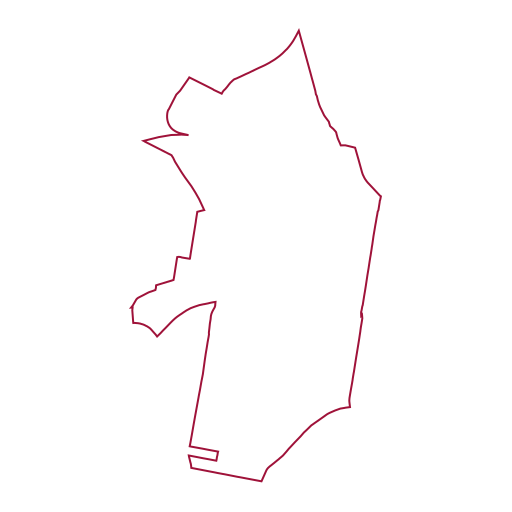 Strathfield, New South Wales, Australia
{"feature_id": "25037944B1137671739470", "entity_name": "Strathfield", "entity_type": "district", "adm_level": 2, "iso_a3": "AUS", "parent_name": "Australia", "parent_adm1": "New South Wales", "projection": "orthographic", "projection_center": [151.074, -33.88], "detail": "fine", "context": "isolated", "style": "outline", "palette": "rose", "viewbox_px": 512, "rotation_deg": 0, "n_neighbors": 0, "source": "geoboundaries", "source_scale": "gbopen_adm2", "svg_char_len": 5602}
<svg xmlns="http://www.w3.org/2000/svg" viewBox="0 0 512 512"><path d="M380.9,196.3L379.9,195.6L371.7,186.8L368.2,183.1L367.8,182.7L367.4,182.2L367.0,181.7L366.6,181.2L366.3,180.8L365.7,179.9L365.5,179.6L365.1,179.1L364.6,178.2L364.1,177.3L363.7,176.4L363.3,175.6L362.9,174.8L362.6,174.0L362.3,173.1L362.0,172.2L358.6,159.9L355.1,147.7L352.8,147.1L347.8,145.9L345.2,145.3L340.8,145.4L340.4,144.5L340.2,143.9L340.0,143.5L339.9,143.2L338.4,139.9L337.9,138.7L337.8,138.4L337.6,137.9L336.5,133.9L336.3,132.9L336.2,132.7L336.1,132.3L335.9,131.9L335.7,131.7L335.5,131.4L333.1,128.7L332.9,128.6L330.3,126.3L330.0,125.9L329.9,125.7L329.9,125.4L329.4,123.7L329.2,123.3L329.0,122.1L328.6,121.4L325.5,117.3L324.1,115.3L320.9,108.6L320.2,107.2L319.1,104.4L318.4,102.1L317.8,100.2L316.9,96.2L316.7,95.8L316.3,95.0L315.9,94.3L315.3,90.8L314.2,86.7L312.5,80.4L312.3,79.8L310.4,72.7L308.5,65.8L306.8,59.6L304.4,50.9L300.4,36.5L298.8,30.7L297.1,33.9L295.9,36.2L294.5,38.6L293.3,40.7L292.1,42.5L290.8,44.3L289.5,46.0L288.1,47.7L286.7,49.3L286.1,49.8L283.8,52.1L283.1,52.8L282.4,53.5L281.7,54.1L281.0,54.7L279.6,55.9L277.2,57.7L274.7,59.5L272.1,61.1L270.9,61.8L269.5,62.7L266.9,64.1L265.0,65.1L263.1,66.0L260.9,67.0L259.3,67.7L257.4,68.6L255.1,69.7L248.3,73.0L246.0,74.0L244.1,74.9L240.3,76.7L238.5,77.5L236.6,78.4L234.2,79.3L233.2,80.1L232.3,80.9L231.4,81.8L230.5,82.6L229.7,83.6L228.9,84.5L228.2,85.5L227.4,86.5L226.7,87.4L225.9,88.3L225.5,88.8L225.0,89.3L224.5,89.8L224.2,90.1L223.8,90.4L223.5,90.8L223.2,91.2L222.9,91.6L222.6,92.0L222.4,92.5L221.7,93.7L220.3,93.0L214.6,90.3L213.9,90.0L213.6,89.8L213.1,89.4L211.8,88.7L204.7,85.1L189.3,77.4L188.9,78.1L180.1,90.7L176.3,94.6L172.2,102.6L168.9,109.1L168.6,109.5L168.4,109.7L167.7,111.3L167.3,113.2L167.1,115.3L167.1,117.5L167.3,119.4L167.6,120.9L168.0,122.3L168.5,123.7L169.2,125.1L169.9,126.3L170.2,126.7L170.5,127.1L171.0,127.8L171.3,128.1L172.1,128.9L172.9,129.6L173.9,130.3L174.8,130.9L175.8,131.5L177.7,132.4L179.7,133.1L181.8,133.6L187.5,134.9L188.5,135.1L188.3,135.1L187.3,135.0L181.4,134.6L177.8,134.8L171.2,135.0L158.8,137.1L156.4,137.7L154.0,138.3L151.1,139.0L143.7,140.9L144.5,141.3L144.7,141.5L144.9,141.6L145.0,141.7L151.9,145.2L165.2,152.0L171.3,155.1L171.6,155.3L172.2,156.4L173.0,157.5L175.0,161.7L181.0,171.4L182.3,173.4L185.0,177.4L191.4,186.2L195.4,192.6L199.1,199.1L203.2,207.9L203.9,209.5L204.2,210.1L202.9,210.4L201.6,210.7L201.2,210.8L197.3,211.8L196.0,220.0L195.9,220.8L195.8,221.8L190.8,252.8L190.0,258.1L189.9,258.7L189.8,258.8L181.9,257.5L181.3,257.3L180.7,257.1L180.1,257.0L179.4,256.9L178.8,256.9L178.2,256.9L177.6,257.0L177.2,257.1L177.2,257.3L177.1,257.9L177.0,258.1L174.1,276.8L173.7,279.0L173.5,280.0L157.0,285.0L156.1,285.3L155.9,288.0L155.4,290.0L150.6,291.7L150.4,291.7L149.6,292.0L148.8,292.3L148.0,292.7L147.2,293.1L143.8,294.9L138.5,297.6L138.3,297.7L138.0,297.9L137.8,298.1L137.6,298.2L137.3,298.4L137.1,298.7L136.9,298.8L136.5,299.2L136.4,299.4L136.2,299.6L136.1,299.8L132.8,305.5L131.1,307.6L132.6,307.5L132.3,310.3L133.2,322.3L133.3,323.0L134.4,322.9L135.6,323.0L136.8,323.1L138.0,323.2L139.1,323.4L140.3,323.6L141.4,324.0L142.6,324.3L143.7,324.7L144.8,325.2L145.9,325.8L147.0,326.3L148.4,327.2L149.6,328.0L150.5,328.8L151.8,330.2L153.1,331.7L155.6,334.5L157.1,336.5L160.6,333.1L162.9,330.6L165.6,327.9L170.6,322.7L172.9,320.4L175.2,318.3L177.2,316.7L179.9,314.8L181.6,313.7L183.6,312.3L185.0,311.4L186.5,310.4L188.4,309.4L190.6,308.2L194.3,306.8L199.4,305.1L200.9,304.8L203.7,304.2L204.0,304.2L208.0,303.4L210.8,302.7L213.5,302.2L215.5,301.9L215.3,303.8L215.2,305.6L214.7,307.3L212.9,310.5L212.2,311.9L211.4,313.9L210.9,316.0L210.6,319.2L209.9,323.4L209.4,328.1L208.9,332.4L208.9,333.4L209.0,334.3L208.6,336.8L207.6,342.3L206.6,348.6L205.8,353.3L204.8,360.0L202.9,373.9L202.8,374.5L202.2,377.6L201.4,381.6L200.3,387.9L199.9,390.2L199.0,394.8L198.4,398.2L195.8,412.4L195.2,415.7L193.8,423.5L191.8,435.0L190.4,442.8L189.7,446.3L191.1,446.6L202.2,448.6L207.8,449.7L218.1,451.6L217.9,452.3L217.7,453.3L217.4,455.3L217.1,456.4L216.9,457.4L216.6,459.4L216.3,460.7L215.2,460.5L209.0,459.3L203.4,458.3L196.7,457.0L190.4,455.8L188.8,455.5L189.0,456.7L189.4,458.3L190.4,462.4L190.8,463.7L191.1,465.7L191.3,467.9L196.5,468.9L211.0,471.7L214.2,472.3L217.6,473.0L223.0,474.0L224.2,474.2L230.8,475.5L237.4,476.8L240.3,477.3L258.3,480.7L261.5,481.3L266.4,470.3L266.7,469.8L266.9,469.4L267.3,468.9L267.9,468.1L269.6,466.5L271.3,465.2L272.8,464.0L274.2,462.9L275.5,461.8L275.9,461.5L277.7,460.0L278.4,459.5L279.7,458.3L281.4,456.9L283.0,455.5L286.6,451.4L288.9,448.6L289.7,447.8L293.7,443.5L295.2,441.9L298.3,438.7L300.8,436.1L303.9,432.5L305.0,431.5L306.3,430.3L311.5,425.2L312.2,424.8L314.7,423.0L319.0,420.0L327.0,414.3L328.4,413.5L330.0,412.7L334.6,410.7L335.3,410.4L338.1,409.4L340.3,408.6L344.6,407.9L344.9,407.8L346.1,407.6L350.0,407.1L349.9,406.3L349.4,402.0L349.3,400.8L349.4,399.2L349.5,398.0L350.0,394.9L350.9,389.6L351.4,386.8L352.0,383.5L352.6,379.9L352.7,378.9L353.6,373.4L353.9,371.9L355.1,364.2L356.2,357.2L356.9,353.0L358.3,344.4L359.2,338.8L359.6,336.1L360.3,331.5L360.4,330.6L360.8,327.6L361.0,326.4L361.5,323.5L362.3,318.5L362.3,318.1L362.2,316.9L362.1,315.6L362.0,314.7L361.2,315.7L361.1,313.5L361.1,312.6L361.2,311.7L361.5,310.7L362.3,306.3L362.7,305.2L364.2,295.7L365.0,291.0L365.9,285.3L367.4,275.3L368.6,268.1L369.2,264.1L370.3,257.0L370.6,255.4L371.6,249.0L371.9,246.8L372.3,244.5L373.5,236.0L374.5,230.1L374.9,227.7L375.3,225.3L376.0,221.5L376.6,217.8L377.2,214.7L377.7,211.6L378.2,210.6L378.4,210.2L379.3,204.5L379.7,202.0L379.8,200.8L380.2,199.8L380.9,196.3Z" fill="none" stroke="#9f1239" stroke-width="2"/></svg>